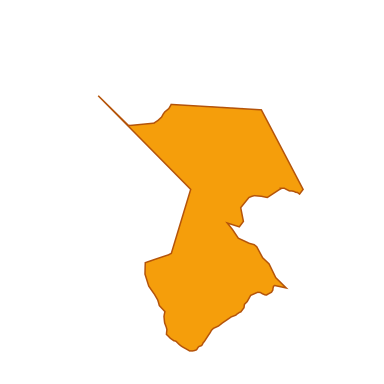 outline of San Juan Coatzóspam, Oaxaca, Mexico, rotated 324°
{"feature_id": "50627088B11377983715698", "entity_name": "San Juan Coatzóspam", "entity_type": "district", "adm_level": 2, "iso_a3": "MEX", "parent_name": "Mexico", "parent_adm1": "Oaxaca", "projection": "equal_earth", "projection_center": [-96.749, 18.072], "detail": "fine", "context": "isolated", "style": "filled", "palette": "amber", "viewbox_px": 384, "rotation_deg": 324, "n_neighbors": 0, "source": "geoboundaries", "source_scale": "gbopen_adm2", "svg_char_len": 1770}
<svg xmlns="http://www.w3.org/2000/svg" viewBox="0 0 384 384"><g transform="rotate(324 192 192)"><path d="M192.5,189.1L139.2,229.5L136.8,229.1L136.3,229.1L130.4,227.2L121.5,224.4L112.7,221.7L110.8,224.1L105.7,230.8L104.6,234.1L102.5,240.3L101.7,242.7L101.6,245.8L101.5,252.7L100.8,259.2L99.9,261.8L98.8,264.7L99.2,268.1L99.8,272.8L97.4,275.0L96.2,276.2L94.0,279.9L93.6,280.6L92.9,281.9L91.7,286.3L91.3,287.3L90.8,288.6L88.7,290.9L87.6,292.2L88.0,294.1L88.1,294.9L88.5,297.7L89.9,301.7L90.2,301.9L90.9,302.8L91.3,303.4L91.5,304.5L92.0,307.7L92.5,309.6L93.1,311.3L93.8,312.9L94.8,315.0L95.8,317.2L96.5,318.8L96.6,319.1L97.6,319.8L98.7,320.7L100.5,321.6L102.7,322.3L103.6,322.1L104.4,321.8L105.4,321.3L106.2,321.2L107.0,321.1L108.4,321.6L109.2,321.8L109.8,321.8L110.6,321.5L111.8,320.9L112.7,320.4L113.8,320.3L121.1,317.5L123.9,316.5L126.5,315.3L129.2,314.9L134.7,316.0L139.6,315.8L145.8,316.0L150.4,316.1L155.1,317.4L156.4,317.2L159.7,317.3L161.0,317.7L166.0,316.2L168.4,313.7L172.2,313.1L178.7,310.1L186.1,311.7L188.2,313.4L189.2,315.8L190.7,318.3L191.9,319.2L192.1,319.1L197.4,319.8L199.8,318.8L200.7,317.7L202.5,316.2L203.9,316.2L211.8,325.0L209.4,310.5L212.1,295.4L210.5,286.7L212.2,274.3L211.3,271.1L208.1,267.1L202.3,256.6L202.7,245.9L202.3,237.8L209.8,248.0L216.3,246.0L222.2,233.3L234.8,229.9L238.0,230.7L240.3,231.6L245.8,236.4L246.5,237.2L249.7,240.7L264.2,241.4L265.6,241.6L265.7,241.0L268.9,243.2L269.4,244.4L270.5,246.5L271.4,248.3L272.4,249.1L273.2,249.6L274.8,251.4L275.8,253.3L277.0,254.3L277.8,256.9L283.4,255.2L294.1,182.2L296.4,166.3L226.6,108.9L225.9,109.3L222.3,110.9L217.1,111.2L214.6,112.0L211.5,113.5L206.5,114.1L202.0,113.9L201.8,114.0L181.7,102.2L179.7,100.7L172.7,59.0L192.5,189.1Z" fill="#f59e0b" stroke="#b45309" stroke-width="1.5"/></g></svg>